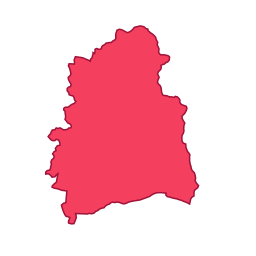 the district of Santa Teresa, Espírito Santo, Brazil, rotated 98°
{"feature_id": "56859067B94246844469719", "entity_name": "Santa Teresa", "entity_type": "district", "adm_level": 2, "iso_a3": "BRA", "parent_name": "Brazil", "parent_adm1": "Espírito Santo", "projection": "mercator", "projection_center": [-40.64, -19.868], "detail": "fine", "context": "isolated", "style": "filled", "palette": "rose", "viewbox_px": 256, "rotation_deg": 98, "n_neighbors": 0, "source": "geoboundaries", "source_scale": "gbopen_adm2", "svg_char_len": 3630}
<svg xmlns="http://www.w3.org/2000/svg" viewBox="0 0 256 256"><g transform="rotate(98 128 128)"><path d="M203.0,119.6L201.2,116.9L199.5,112.5L197.6,106.1L192.8,97.1L191.4,95.7L190.1,94.1L188.5,91.4L187.8,88.8L187.4,86.1L187.3,83.2L187.2,81.2L189.1,81.2L190.5,79.5L190.7,76.4L191.1,74.3L191.3,72.1L191.4,69.7L191.9,67.6L192.1,65.3L192.9,62.7L193.2,61.0L193.8,58.9L194.7,56.4L189.4,56.0L187.5,54.9L186.1,53.2L183.7,53.6L180.9,53.6L179.4,52.6L177.6,50.8L175.3,50.1L173.0,52.6L171.0,54.1L168.0,54.1L165.1,55.1L163.2,56.0L162.0,57.5L160.6,59.0L159.0,59.8L157.0,60.4L155.6,61.2L153.7,61.9L151.9,62.4L150.2,62.6L148.3,63.0L145.9,63.0L144.4,64.2L142.9,65.8L139.4,67.8L137.4,68.3L135.8,68.6L135.4,70.9L133.8,72.5L132.0,73.0L129.9,73.3L128.1,73.5L125.3,72.4L123.0,72.2L121.1,72.7L119.1,72.9L117.2,72.9L115.3,72.4L113.5,73.9L111.2,75.6L108.8,76.2L105.5,73.8L102.6,72.7L100.2,72.4L98.4,73.3L97.8,76.3L97.0,78.8L95.5,80.2L93.1,80.5L91.8,81.5L90.3,83.5L90.1,85.7L91.3,86.7L91.1,88.7L91.3,91.5L90.7,93.9L90.7,95.7L90.8,97.8L88.8,99.3L86.8,100.0L83.6,100.8L81.6,102.0L80.5,103.6L78.7,105.2L76.0,104.9L73.5,104.2L71.6,105.4L70.2,106.3L68.0,105.7L66.6,104.6L65.1,103.6L63.5,103.5L61.5,104.0L60.3,102.5L59.6,100.8L58.0,99.6L57.1,97.9L55.0,96.6L51.9,96.7L50.8,98.3L50.6,100.3L50.5,102.4L50.7,104.2L51.0,105.8L50.0,107.2L48.6,108.3L46.6,108.2L45.0,108.4L41.6,110.7L39.1,110.5L36.6,112.3L34.3,113.3L32.8,115.0L31.6,116.8L30.5,119.1L28.9,121.5L27.2,122.2L27.1,124.1L25.7,125.9L25.2,128.4L25.3,130.5L26.3,132.8L27.4,135.7L30.0,137.2L32.2,139.3L33.6,141.5L33.1,143.6L32.4,145.4L31.6,147.8L31.4,150.2L32.8,152.6L34.5,152.8L36.0,153.1L37.8,153.1L40.9,152.5L42.5,153.1L43.5,154.7L45.5,156.4L46.3,159.3L47.0,161.6L48.7,162.7L49.8,164.4L51.2,165.3L53.4,165.6L54.2,167.7L53.6,170.0L54.6,171.6L56.7,171.3L58.9,171.5L58.2,173.1L59.9,172.9L61.5,173.3L63.4,173.3L65.1,174.7L67.1,174.6L66.0,177.7L65.7,179.4L65.0,181.5L64.7,184.0L64.7,190.0L68.1,190.8L70.4,190.1L72.2,190.1L72.3,192.5L72.6,195.3L74.7,195.7L76.2,194.6L79.1,193.2L81.8,192.2L83.8,192.3L86.2,194.3L88.2,193.7L89.9,192.6L91.3,191.5L93.1,190.2L95.0,190.8L95.8,192.6L97.3,193.7L99.5,193.5L101.3,191.6L103.3,190.9L103.7,189.0L103.9,187.0L105.1,185.8L107.6,184.9L108.9,183.4L110.9,184.4L112.0,186.2L112.9,187.5L114.4,188.9L115.8,190.5L116.2,193.1L117.6,194.4L119.2,194.1L120.2,192.6L122.3,192.3L124.2,191.6L126.1,191.3L128.2,191.6L129.6,190.1L131.4,188.4L132.2,185.7L133.9,184.3L135.8,184.7L136.3,186.8L137.7,187.7L138.4,189.7L138.8,191.6L137.8,193.9L137.3,195.6L138.3,197.0L137.9,199.1L139.9,200.2L140.5,202.7L142.3,203.4L144.5,203.9L145.9,205.0L147.6,205.9L149.0,204.3L150.4,202.6L151.0,200.6L150.7,198.7L149.3,197.6L149.6,195.1L151.2,193.9L152.7,193.3L154.5,193.0L155.4,195.5L158.3,197.1L160.4,196.1L161.7,197.9L164.2,199.1L166.0,197.2L168.3,197.4L170.3,199.2L172.7,199.6L174.5,198.8L176.6,199.1L178.9,199.2L180.6,199.7L181.4,202.1L183.1,203.3L185.1,203.1L184.4,200.5L185.5,198.2L187.3,196.4L186.5,193.6L184.5,192.5L183.0,191.1L191.7,191.4L193.6,193.3L195.5,194.7L197.0,195.1L197.7,193.5L197.9,191.3L198.0,189.2L198.4,187.2L198.9,184.9L198.9,182.5L198.9,179.8L210.6,179.2L211.6,181.5L213.7,183.2L216.4,182.0L218.4,181.0L220.4,179.9L222.6,178.5L224.2,176.9L224.1,175.2L225.0,173.1L226.9,173.5L228.6,174.0L230.4,173.6L230.8,170.9L230.3,168.3L228.1,167.6L226.1,167.2L224.1,166.7L221.9,167.2L220.0,168.0L218.8,156.3L217.9,154.3L218.1,152.5L217.2,150.0L215.1,148.4L213.8,146.2L212.2,144.9L211.0,142.7L210.3,140.6L208.5,139.6L206.8,137.7L205.9,135.8L204.4,134.6L203.5,132.8L203.7,130.6L202.8,128.6L202.9,126.2L203.4,124.1L203.8,121.9L203.0,119.6Z" fill="#f43f5e" stroke="#9f1239" stroke-width="1.5"/></g></svg>